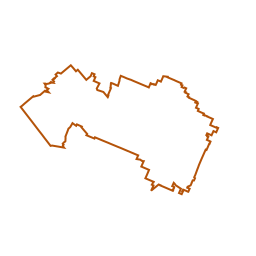 Northam, Western Australia, Australia (orthographic projection), rotated 50°
{"feature_id": "25037944B49536287471778", "entity_name": "Northam", "entity_type": "district", "adm_level": 2, "iso_a3": "AUS", "parent_name": "Australia", "parent_adm1": "Western Australia", "projection": "orthographic", "projection_center": [116.616, -31.699], "detail": "fine", "context": "isolated", "style": "outline", "palette": "amber", "viewbox_px": 256, "rotation_deg": 50, "n_neighbors": 0, "source": "geoboundaries", "source_scale": "gbopen_adm2", "svg_char_len": 4497}
<svg xmlns="http://www.w3.org/2000/svg" viewBox="0 0 256 256"><g transform="rotate(50 128 128)"><path d="M185.9,58.9L184.4,59.6L184.6,60.1L181.0,61.9L178.6,63.1L177.9,61.9L175.7,57.2L174.2,57.9L170.0,60.0L169.9,59.8L168.4,60.6L167.2,61.1L167.4,61.5L166.4,62.0L165.7,60.6L163.2,61.9L159.8,63.5L159.0,61.9L158.8,61.6L157.2,62.4L156.2,62.9L155.7,61.9L155.6,61.7L154.1,58.6L153.1,59.1L152.7,58.2L152.1,58.4L152.7,59.6L151.7,60.1L151.0,58.6L149.0,59.5L148.7,59.6L148.2,59.9L145.6,61.1L145.4,61.2L143.8,62.0L143.7,62.0L143.5,61.5L142.8,61.9L142.1,62.2L141.1,59.9L137.9,61.3L137.7,60.7L136.6,61.3L135.0,57.9L133.3,58.7L133.1,59.6L131.1,60.6L130.3,58.9L128.9,59.6L128.2,58.3L125.6,59.6L123.0,60.9L121.5,61.6L121.0,61.8L120.8,61.9L119.7,62.5L118.3,63.2L115.6,64.6L114.1,65.3L114.0,64.9L112.8,66.0L111.0,67.7L112.4,70.4L113.6,73.0L113.3,73.1L110.6,74.5L112.1,77.5L112.8,79.1L111.2,79.9L111.4,80.3L109.5,81.3L109.5,81.6L109.4,81.6L109.0,81.5L108.2,81.9L110.3,86.0L108.6,86.8L103.2,89.6L98.9,91.8L95.6,93.5L92.7,94.9L92.5,95.1L89.3,97.0L86.4,98.4L83.4,100.0L85.3,103.2L86.3,104.1L89.2,108.6L88.2,109.1L84.3,111.0L82.7,111.9L82.6,112.0L82.8,112.3L82.9,112.5L83.0,112.6L83.2,112.8L83.3,112.9L83.5,113.0L84.8,114.4L84.9,114.5L85.2,114.7L85.2,114.8L85.4,115.0L85.9,115.8L86.0,115.8L86.5,115.5L87.1,116.6L89.9,122.2L90.4,122.0L91.2,123.3L90.9,123.4L91.1,123.7L90.7,123.7L88.1,123.7L84.6,123.7L82.0,125.3L79.2,127.1L77.7,126.6L77.2,125.4L75.5,121.2L69.9,124.0L68.1,120.3L66.4,121.1L65.3,119.1L62.8,120.4L64.3,123.3L64.3,129.0L56.5,129.0L51.1,129.0L51.1,131.4L47.0,131.4L43.2,131.5L43.2,132.6L43.2,135.5L43.2,139.0L43.2,144.4L42.8,144.6L40.4,146.1L40.5,149.1L42.6,149.1L42.6,151.3L42.6,152.3L42.9,152.3L42.9,152.9L42.4,153.0L42.5,154.8L43.2,154.8L43.9,154.8L44.6,154.8L44.8,154.8L44.8,156.0L45.5,156.0L45.1,156.4L44.5,157.0L44.4,157.0L44.2,157.2L44.1,157.3L43.9,157.3L43.7,157.4L43.4,157.4L43.2,157.4L43.2,157.5L43.2,158.4L43.7,158.4L43.0,160.2L42.9,160.3L42.1,161.8L41.8,162.2L41.2,162.6L40.7,162.9L40.4,163.3L40.5,163.3L41.1,163.5L41.6,163.5L42.1,163.7L42.4,163.8L42.5,163.8L42.8,164.0L43.2,164.6L43.7,165.1L44.0,164.9L44.7,164.7L44.9,164.6L45.4,164.4L45.7,164.2L46.1,164.1L46.8,163.8L46.8,166.4L48.0,166.4L48.2,165.8L49.7,165.8L47.6,167.4L47.0,167.9L46.1,167.9L46.2,174.2L46.0,174.5L45.5,175.6L44.1,178.6L43.4,180.1L42.8,180.1L42.8,181.3L42.8,186.5L42.8,191.8L42.9,194.5L42.8,196.7L47.6,196.9L52.3,197.1L54.9,197.2L62.2,197.5L72.9,198.0L76.2,198.1L78.9,198.2L80.0,198.3L80.3,198.3L80.7,198.3L82.2,198.4L85.0,198.5L91.9,198.8L92.7,197.4L98.1,192.8L101.8,189.7L101.7,189.7L101.4,189.6L101.2,189.6L100.9,189.6L100.7,189.5L100.2,189.4L99.8,189.2L99.5,189.1L99.4,188.1L98.1,188.1L97.8,186.5L98.0,184.7L97.9,184.5L97.7,184.3L97.6,184.2L96.4,183.1L96.2,182.9L96.0,182.7L95.9,182.6L95.7,182.4L95.4,182.2L94.4,181.4L94.3,181.2L94.2,181.2L93.9,180.6L92.7,178.4L91.2,175.7L90.5,174.5L90.4,174.2L90.2,174.0L90.2,173.9L90.2,173.3L90.2,172.8L90.2,172.2L90.2,171.7L90.0,171.3L89.8,170.7L89.4,169.5L89.2,169.0L89.1,168.7L88.6,167.4L92.7,166.4L93.0,166.3L92.4,164.8L97.2,162.5L97.4,163.2L106.4,163.1L106.8,164.5L114.5,160.5L113.9,159.3L117.8,157.3L121.5,155.4L126.8,152.6L128.4,151.8L136.1,147.8L136.3,147.7L138.1,146.7L138.5,146.5L144.2,143.6L153.0,139.1L155.5,137.8L157.3,141.4L160.2,138.9L161.3,138.7L161.7,138.6L161.8,138.5L161.9,138.4L162.4,138.4L163.5,137.3L166.1,142.6L173.6,138.8L175.7,142.9L176.5,144.5L177.7,147.0L182.3,144.7L185.8,142.9L186.1,143.6L186.0,143.9L185.8,144.0L186.6,145.5L186.8,146.2L187.5,145.9L188.2,145.5L188.4,145.4L189.0,146.7L189.1,146.8L190.6,149.9L190.9,149.8L191.0,140.8L192.8,139.9L192.9,140.1L198.2,137.4L202.0,135.5L204.8,134.1L205.0,134.0L204.9,133.7L204.8,133.4L204.5,133.2L204.0,133.3L204.0,133.1L203.9,132.8L204.0,132.6L204.0,132.4L203.8,132.1L203.7,131.7L203.5,131.4L203.4,131.1L203.1,131.0L202.9,130.6L202.7,130.6L201.0,131.5L199.5,128.4L199.4,128.2L200.9,128.1L202.4,128.3L208.5,126.5L210.6,130.7L213.2,129.4L212.0,126.9L211.4,127.2L210.6,125.4L211.1,125.1L212.5,124.4L213.2,124.0L215.2,123.1L215.6,122.8L214.1,119.8L211.8,121.0L211.3,120.1L212.2,116.9L211.0,114.5L210.9,114.5L209.7,112.1L210.2,111.6L210.5,111.3L210.6,111.2L209.6,109.1L209.5,108.9L208.8,109.0L208.3,109.0L207.2,106.6L204.1,101.2L203.3,99.7L202.0,97.5L199.2,92.0L198.5,90.6L194.5,82.4L195.3,82.0L193.8,78.9L192.3,76.0L192.6,75.8L191.4,73.5L190.9,73.7L187.8,75.2L186.4,72.2L185.4,72.7L185.0,71.9L183.8,72.5L183.0,70.8L187.3,68.7L185.3,64.5L188.0,63.2L185.9,58.9Z" fill="none" stroke="#b45309" stroke-width="2"/></g></svg>